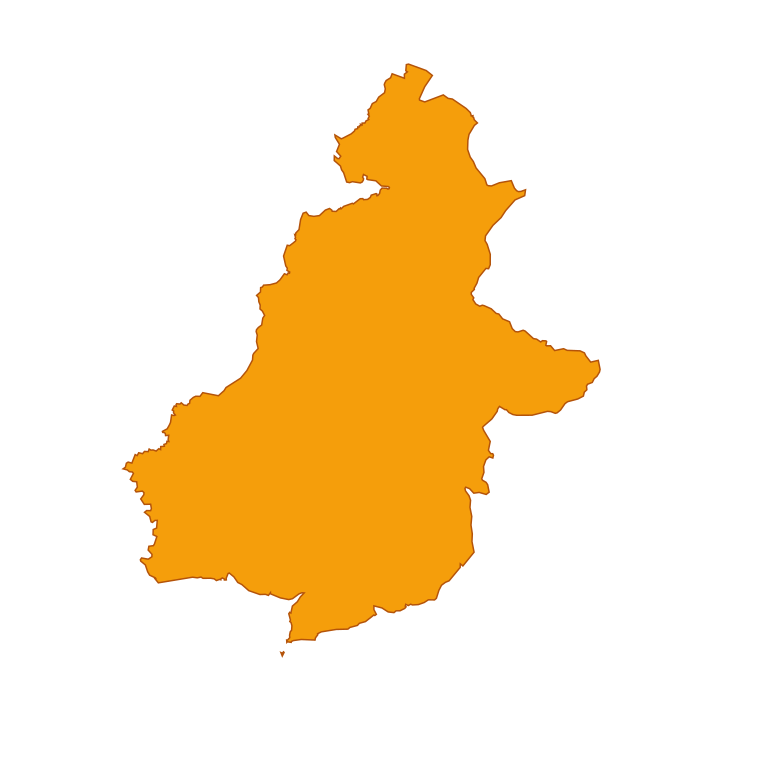 Moyamba, Southern, Sierra Leone (orthographic projection), rotated 302°
{"feature_id": "65957751B35726846399821", "entity_name": "Moyamba", "entity_type": "district", "adm_level": 2, "iso_a3": "SLE", "parent_name": "Sierra Leone", "parent_adm1": "Southern", "projection": "orthographic", "projection_center": [-12.482, 8.03], "detail": "fine", "context": "isolated", "style": "filled", "palette": "amber", "viewbox_px": 768, "rotation_deg": 302, "n_neighbors": 0, "source": "geoboundaries", "source_scale": "gbopen_adm2", "svg_char_len": 6141}
<svg xmlns="http://www.w3.org/2000/svg" viewBox="0 0 768 768"><g transform="rotate(302 384 384)"><path d="M124.7,274.1L121.8,270.6L118.2,272.0L116.6,277.5L114.5,278.7L110.5,276.9L108.0,270.6L105.9,270.5L104.9,271.5L104.1,277.5L99.5,283.1L97.7,286.5L98.4,292.9L98.0,293.6L97.5,293.0L95.8,298.0L118.7,324.0L120.7,328.4L123.3,331.1L123.3,333.5L127.4,339.9L128.8,343.3L128.5,346.0L131.1,348.1L131.5,349.4L132.3,348.9L133.9,349.7L134.0,352.0L133.2,352.5L133.8,353.5L134.3,354.1L135.7,353.1L140.7,352.2L141.7,353.0L140.9,358.9L138.2,365.2L138.6,369.7L137.1,378.8L139.7,390.3L142.8,394.9L143.5,398.0L146.8,398.3L145.9,398.9L147.7,409.5L150.7,417.5L153.5,420.2L160.9,423.1L163.5,425.0L164.5,427.0L159.2,425.9L153.4,425.9L147.1,424.0L140.4,426.4L140.4,425.0L138.7,425.0L134.3,429.7L132.6,430.0L132.5,431.5L130.2,434.0L126.2,436.1L124.2,435.8L121.0,437.0L118.9,438.5L115.3,437.8L115.2,437.2L113.4,438.5L114.2,438.7L115.7,442.2L116.6,441.9L118.4,443.1L123.5,449.2L130.3,461.2L132.4,460.4L136.3,460.7L137.0,460.0L140.6,462.2L150.6,473.6L157.0,483.3L159.5,484.1L165.2,489.4L168.0,489.9L172.7,494.2L182.7,497.8L182.8,498.9L184.6,499.6L187.3,495.0L190.5,493.0L193.0,500.9L192.9,508.3L195.4,513.6L198.1,514.5L200.2,517.8L204.6,520.5L206.7,520.8L206.8,519.8L208.7,519.2L209.0,522.0L211.4,523.3L211.7,525.2L215.1,530.0L220.0,533.9L224.5,536.0L227.7,541.3L230.0,542.0L238.1,539.9L243.8,539.4L248.4,541.2L251.6,543.5L268.8,545.8L271.9,544.0L271.5,547.3L289.1,549.5L297.0,542.1L303.7,538.3L310.5,532.5L318.2,528.6L324.9,522.3L331.3,519.0L334.3,515.3L336.5,509.8L338.3,508.0L339.8,508.0L340.6,512.0L339.0,518.0L342.5,522.2L344.5,529.2L348.0,530.5L353.5,525.3L354.7,522.7L354.6,518.5L355.4,517.1L362.0,515.6L366.8,512.1L373.7,510.6L378.0,511.8L378.9,515.5L381.6,514.6L382.5,513.1L381.5,511.4L383.1,507.7L391.6,504.5L397.5,493.1L399.4,490.6L400.5,490.6L411.6,494.0L420.7,494.5L423.2,493.6L426.2,493.8L426.3,500.2L427.1,501.4L426.0,505.0L426.4,509.5L427.8,513.1L436.0,526.1L447.4,537.1L449.0,540.2L449.9,544.8L451.3,546.1L455.5,547.5L463.3,547.9L466.3,549.1L474.0,556.3L479.4,559.5L483.2,558.2L486.6,559.1L489.6,556.8L491.7,556.8L495.7,559.8L499.9,559.4L503.4,560.5L508.4,560.4L510.9,559.5L517.6,553.2L512.1,547.7L514.8,540.3L516.6,537.5L516.0,532.7L509.6,521.5L509.1,517.6L502.8,511.0L504.7,505.0L502.6,501.8L502.6,500.7L506.2,499.4L506.4,498.5L504.7,495.4L502.7,494.6L502.9,489.6L501.7,486.7L503.7,475.6L503.3,473.5L499.2,470.1L498.0,467.6L498.9,463.4L503.3,457.5L502.1,450.1L504.2,444.3L503.3,441.7L504.6,435.1L503.5,427.4L502.9,425.6L500.7,424.0L500.5,419.4L502.7,414.6L504.6,414.5L506.3,410.5L507.9,409.5L512.1,410.5L512.9,409.7L518.7,409.4L524.5,407.8L536.0,409.2L537.2,411.6L541.4,410.9L550.3,405.4L557.1,397.5L559.1,393.7L563.4,391.6L576.2,392.3L587.2,395.1L595.6,395.3L609.6,397.6L618.3,403.5L623.7,401.1L620.0,398.2L618.4,396.1L618.2,394.1L619.2,390.8L623.9,384.2L615.8,375.2L608.9,370.2L607.4,367.3L607.4,365.7L611.6,360.7L616.0,347.6L620.0,341.9L622.1,336.9L627.2,330.6L635.3,325.9L640.8,323.8L651.2,323.6L654.9,324.9L655.9,320.5L657.6,318.7L657.6,317.6L658.7,317.2L657.6,316.0L659.9,313.4L661.2,307.6L661.9,291.0L660.2,287.0L660.6,281.1L644.8,269.1L643.6,263.7L644.7,262.8L657.7,261.0L671.3,261.5L672.2,253.7L668.3,235.3L666.7,233.7L661.2,236.5L661.1,238.4L657.5,237.1L654.1,239.3L651.4,226.5L647.2,227.3L642.5,225.0L639.5,225.2L638.0,225.6L635.0,228.7L631.3,230.1L624.5,227.5L619.4,227.7L615.6,225.5L610.4,226.2L608.0,225.2L605.0,228.0L604.2,227.4L603.4,229.6L600.7,229.8L600.2,230.9L597.6,229.3L595.2,229.5L593.7,227.2L592.1,228.1L591.8,226.4L590.8,227.3L589.8,226.3L588.7,226.7L588.1,225.5L586.6,226.3L584.7,224.5L582.9,224.9L578.7,223.6L570.6,218.8L569.3,217.8L569.2,210.4L567.3,212.0L563.7,219.2L556.0,220.6L554.3,226.6L551.3,226.5L550.6,225.2L551.1,221.0L547.1,223.4L545.8,231.5L543.2,234.5L541.8,237.8L535.5,245.3L536.5,248.1L538.8,249.9L542.0,257.4L543.8,258.5L546.1,258.4L547.4,257.8L548.0,256.3L550.8,255.6L551.2,259.6L548.7,260.8L548.7,261.9L552.0,269.4L550.6,276.9L553.7,282.9L553.6,284.4L552.4,284.8L551.4,284.0L551.3,282.3L549.1,278.5L546.4,278.1L543.2,279.3L540.5,278.9L539.9,278.2L541.4,277.2L541.3,276.4L537.4,273.1L534.9,273.5L531.8,272.2L529.5,269.0L530.0,267.8L528.5,265.6L520.5,262.6L520.5,261.4L513.3,255.7L509.9,254.8L510.3,253.8L509.0,253.7L508.8,253.0L505.0,252.0L503.0,248.5L503.8,247.6L504.0,244.8L500.4,242.1L492.6,240.0L489.0,235.7L487.0,231.0L488.5,226.9L486.0,224.9L479.3,226.1L469.9,230.1L465.2,229.2L463.6,230.0L463.4,229.1L461.4,231.3L460.0,231.5L459.8,232.8L458.3,233.2L451.3,230.7L450.4,228.4L439.3,231.0L432.1,238.1L431.0,240.6L428.9,241.5L429.0,244.7L427.9,245.1L427.4,243.9L425.3,243.9L424.7,241.1L417.1,240.6L412.7,239.3L407.8,234.7L404.0,229.5L401.8,229.5L400.4,228.3L396.5,230.5L391.6,229.0L390.8,231.7L387.4,234.3L385.3,237.2L381.9,239.1L381.4,242.2L378.9,246.4L375.6,246.3L369.2,249.0L365.4,247.5L362.5,247.1L360.7,247.8L358.3,250.6L352.4,253.4L347.4,258.5L340.9,257.3L339.0,257.5L334.6,259.8L322.7,260.6L312.9,259.3L297.3,251.9L293.6,251.9L286.3,249.8L280.6,234.9L276.0,234.5L273.9,230.9L271.6,229.4L267.4,228.1L264.5,229.4L263.2,228.4L261.5,228.4L260.1,225.5L260.6,222.0L258.9,221.6L257.4,218.6L256.3,218.6L255.0,219.9L254.2,217.8L249.7,218.2L249.7,219.9L248.0,220.8L247.1,223.5L246.0,222.7L245.2,220.3L238.3,223.3L235.4,223.7L231.1,223.9L226.4,221.2L225.7,222.0L226.4,223.5L226.1,224.8L224.5,226.1L226.4,228.6L222.3,230.5L221.2,232.0L220.4,230.3L218.2,231.1L216.1,229.4L214.8,230.7L212.6,227.8L210.0,229.3L209.8,227.3L206.4,226.3L205.7,223.1L204.4,221.4L204.4,219.3L201.7,219.9L199.9,216.6L197.0,216.2L195.7,212.4L192.5,212.6L192.3,210.4L183.3,212.1L182.2,208.4L180.3,207.5L176.4,208.8L173.8,207.7L175.1,211.9L174.7,214.5L176.0,217.2L175.4,218.9L168.7,219.4L168.3,222.5L170.0,226.1L165.8,229.5L161.9,229.3L161.1,231.0L165.1,235.8L164.7,238.0L162.8,239.0L157.6,238.6L154.9,244.5L158.4,249.8L155.0,252.8L152.9,253.2L150.9,249.8L148.3,248.9L147.5,255.5L143.7,259.5L143.9,261.0L146.9,262.0L148.2,264.0L141.3,267.5L138.3,265.4L133.8,268.0L134.3,272.2L126.6,274.1L124.7,274.1ZM101.8,440.4L101.6,438.9L99.4,441.9L103.4,441.5L103.6,440.7L101.8,440.4Z" fill="#f59e0b" stroke="#b45309" stroke-width="1.5"/></g></svg>